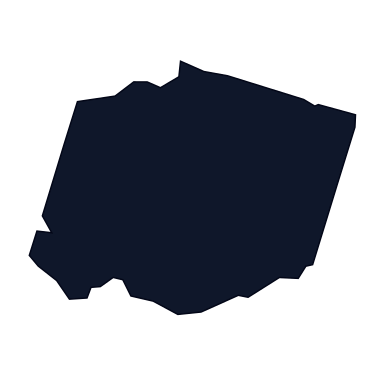 Hickman, Tennessee, United States of America, rotated 10°
{"feature_id": "52423323B57415980272372", "entity_name": "Hickman", "entity_type": "district", "adm_level": 2, "iso_a3": "USA", "parent_name": "United States of America", "parent_adm1": "Tennessee", "projection": "robinson", "projection_center": [-87.5, 35.801], "detail": "fine", "context": "isolated", "style": "filled", "palette": "ink", "viewbox_px": 384, "rotation_deg": 10, "n_neighbors": 0, "source": "geoboundaries", "source_scale": "gbopen_adm2", "svg_char_len": 615}
<svg xmlns="http://www.w3.org/2000/svg" viewBox="0 0 384 384"><g transform="rotate(10 192 192)"><path d="M158.0,65.2L159.1,80.8L142.8,94.8L128.8,91.4L115.5,93.7L99.6,110.9L63.5,122.9L57.8,167.2L48.8,241.5L61.0,256.5L46.1,257.4L42.8,282.7L53.5,291.7L74.1,302.7L89.9,318.8L107.0,314.6L109.1,303.4L118.1,301.1L129.2,289.8L139.1,290.4L149.9,305.0L172.7,306.2L199.3,315.0L221.8,308.6L255.5,285.7L265.5,285.9L292.9,261.0L311.6,258.6L317.0,245.3L323.4,242.6L333.7,159.3L341.2,99.9L339.6,87.6L301.2,84.0L298.0,86.1L285.9,81.5L207.0,71.4L182.7,71.3L158.0,65.2Z" fill="#0f172a" stroke="#020617" stroke-width="1.5"/></g></svg>